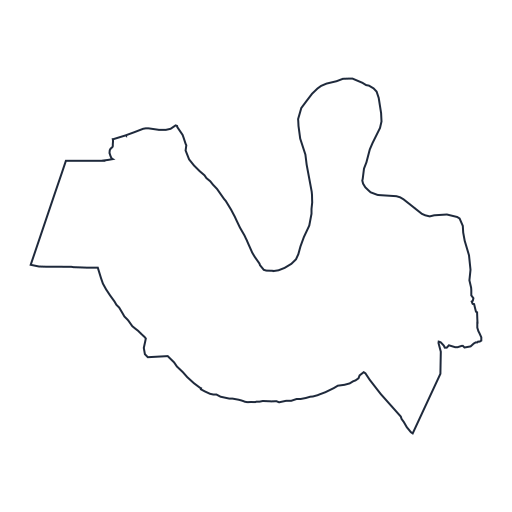 Upper Fuladu West, Central River, Gambia (Albers equal-area conic projection)
{"feature_id": "56634734B91081024976770", "entity_name": "Upper Fuladu West", "entity_type": "district", "adm_level": 2, "iso_a3": "GMB", "parent_name": "Gambia", "parent_adm1": "Central River", "projection": "albers", "projection_center": [-14.638, 13.443], "detail": "fine", "context": "isolated", "style": "outline", "palette": "slate", "viewbox_px": 512, "rotation_deg": 0, "n_neighbors": 0, "source": "geoboundaries", "source_scale": "gbopen_adm2", "svg_char_len": 3975}
<svg xmlns="http://www.w3.org/2000/svg" viewBox="0 0 512 512"><path d="M112.8,139.2L113.0,140.5L113.0,141.7L112.8,144.2L112.8,145.2L112.8,145.5L112.8,146.1L112.4,147.1L112.2,147.3L112.0,147.5L111.3,148.0L110.9,148.4L110.7,148.6L110.5,149.0L110.4,149.0L110.2,149.4L109.8,150.1L109.7,150.7L109.5,153.1L109.8,153.8L110.1,154.9L110.2,155.1L110.6,156.3L111.4,158.0L111.8,158.4L112.2,158.8L112.7,159.1L108.2,159.9L103.5,160.5L103.7,160.8L65.9,160.8L61.5,173.9L55.0,192.9L44.9,222.8L39.6,238.5L30.7,264.8L38.9,266.5L45.1,266.7L71.3,266.8L73.7,267.2L74.2,267.2L80.3,267.4L87.7,267.7L97.8,267.7L101.0,278.1L102.9,283.6L106.1,289.4L110.0,295.3L111.3,297.1L114.5,301.5L116.4,304.8L119.2,307.6L122.8,313.7L124.4,316.5L127.4,319.5L128.0,320.2L128.5,320.8L132.3,326.2L135.5,328.8L138.1,330.8L139.8,332.5L140.9,333.5L141.0,333.7L144.7,337.1L145.8,338.5L145.2,341.5L143.8,347.9L144.9,354.2L145.5,354.8L147.8,357.2L149.7,357.1L167.7,356.1L174.1,362.4L176.9,366.5L182.9,372.2L187.2,377.1L193.9,383.2L200.3,388.0L201.1,388.3L200.9,389.3L204.8,391.4L210.0,393.8L213.2,394.5L216.4,394.5L220.5,396.7L229.3,398.6L232.5,398.6L238.5,399.7L241.2,400.4L243.6,401.2L244.7,401.7L246.9,402.1L248.9,402.1L251.0,402.0L255.1,402.1L256.4,401.7L259.4,401.7L262.8,401.0L270.2,401.3L271.2,401.4L276.4,401.2L279.1,402.3L280.0,402.1L285.6,400.9L286.5,400.8L291.2,400.8L296.6,399.0L300.6,399.0L305.8,398.0L310.3,396.7L312.9,396.5L317.6,395.2L320.5,394.0L320.9,393.9L325.4,392.2L333.8,388.1L337.8,385.7L344.5,384.8L349.7,383.4L353.1,381.3L355.5,380.4L358.5,378.3L359.6,375.4L363.7,372.2L365.4,373.3L369.7,379.8L377.6,390.0L380.8,394.1L400.8,416.6L401.6,419.0L403.8,422.0L406.8,427.2L410.9,432.2L412.7,433.4L424.4,408.2L440.4,373.8L440.8,351.7L438.5,343.0L438.7,341.6L439.1,341.7L440.4,342.2L440.8,342.4L443.8,345.6L444.8,347.7L446.7,347.7L447.2,347.2L448.9,345.3L455.2,347.2L457.6,347.2L461.6,345.9L462.9,345.9L464.5,347.5L470.6,346.4L473.8,343.5L475.7,342.4L477.3,342.4L478.1,341.6L479.7,341.6L481.3,340.6L481.3,340.4L481.3,337.3L479.4,333.1L478.4,331.2L477.3,327.7L477.3,322.6L477.5,322.6L477.4,320.7L477.3,318.6L477.1,313.0L477.1,312.3L476.9,312.2L476.0,311.7L475.9,311.4L475.3,309.1L474.1,304.1L473.9,304.0L472.7,303.9L472.5,303.6L471.7,301.5L472.0,301.3L472.8,300.8L473.0,299.9L473.2,299.1L473.4,298.2L471.3,295.4L471.3,290.2L471.2,288.7L471.1,287.6L469.4,280.3L470.0,274.7L470.5,269.8L469.0,255.3L465.0,241.8L464.7,240.8L463.2,232.6L462.8,225.9L459.6,218.5L457.2,217.0L446.9,214.5L434.2,215.3L429.7,216.4L425.2,215.3L421.8,213.8L421.3,213.4L403.5,199.3L400.1,197.3L396.4,196.2L379.4,195.1L377.5,194.9L370.6,192.3L368.5,190.4L365.3,187.3L363.1,183.7L362.3,180.6L362.7,178.9L364.0,168.6L366.2,162.9L366.4,162.4L369.8,149.4L372.6,142.9L380.0,128.0L381.5,121.5L381.1,113.1L378.7,97.9L376.6,91.6L373.6,88.4L368.9,85.6L366.1,85.1L362.4,82.8L352.5,78.6L349.1,78.6L342.9,78.8L336.6,81.2L326.5,83.6L321.1,85.9L317.5,88.5L312.1,93.7L306.3,101.3L301.3,108.0L298.1,119.1L298.3,121.9L298.5,126.0L300.2,138.6L305.4,154.6L306.6,164.3L306.8,165.5L309.2,178.3L311.7,191.7L312.0,194.9L312.1,199.6L312.2,202.5L311.5,209.0L311.5,213.8L310.4,219.6L309.3,225.4L308.8,226.6L303.9,237.0L300.5,246.3L298.3,254.3L297.5,256.0L296.0,259.3L291.4,263.8L284.6,267.9L278.5,270.3L273.2,271.1L272.9,270.8L266.3,270.6L263.7,269.8L262.8,268.6L262.7,268.5L260.0,265.2L259.6,264.0L259.4,263.5L254.7,256.8L252.9,253.8L252.1,252.4L251.5,251.0L248.2,243.6L248.0,243.1L247.1,241.1L247.0,240.7L245.6,237.9L245.3,237.2L244.4,235.3L241.9,231.0L239.9,227.5L236.5,220.4L234.8,216.7L233.2,213.7L231.1,209.7L225.8,201.0L224.0,198.9L217.0,188.9L212.9,184.6L210.3,181.3L206.4,178.1L204.5,175.3L201.0,172.3L199.6,171.1L194.0,165.5L189.1,159.4L185.6,150.5L186.3,145.3L185.6,143.8L183.6,137.7L182.6,134.9L177.3,127.1L177.1,126.0L176.7,125.8L175.6,125.4L170.6,128.8L165.7,129.9L158.8,129.9L158.6,129.8L148.3,128.3L145.9,128.3L143.1,128.8L134.3,132.2L126.1,135.2L126.1,135.5L125.9,135.3L113.2,139.2L112.8,139.2Z" fill="none" stroke="#1e293b" stroke-width="2"/></svg>